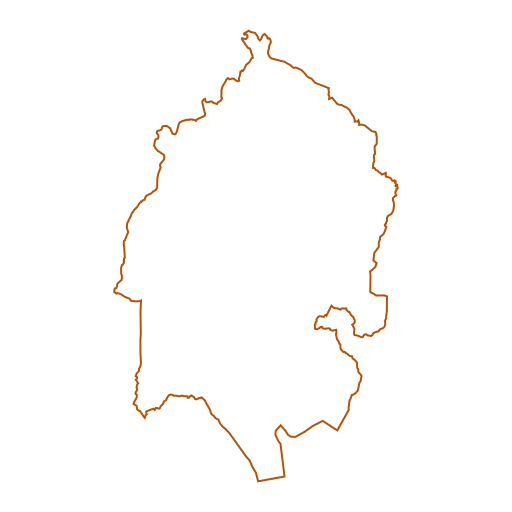 outline of Fianarantsoa I, Haute Matsiatra, Madagascar
{"feature_id": "10022922B21478747844721", "entity_name": "Fianarantsoa I", "entity_type": "district", "adm_level": 2, "iso_a3": "MDG", "parent_name": "Madagascar", "parent_adm1": "Haute Matsiatra", "projection": "equal_earth", "projection_center": [47.084, -21.453], "detail": "fine", "context": "isolated", "style": "outline", "palette": "amber", "viewbox_px": 512, "rotation_deg": 0, "n_neighbors": 0, "source": "geoboundaries", "source_scale": "gbopen_adm2", "svg_char_len": 6039}
<svg xmlns="http://www.w3.org/2000/svg" viewBox="0 0 512 512"><path d="M284.5,476.5L280.5,443.8L278.5,441.3L275.6,435.3L275.4,433.9L275.8,430.7L280.7,425.3L285.5,430.9L288.0,434.8L290.8,436.6L295.4,436.9L304.8,431.7L312.9,425.9L322.7,420.9L337.3,430.4L348.8,409.8L348.6,407.7L349.6,400.4L350.4,399.1L351.9,394.9L353.6,394.5L355.6,393.1L357.9,390.3L359.4,382.9L360.8,380.9L360.9,378.9L361.6,376.1L360.7,374.6L358.4,372.1L358.2,369.4L357.3,367.9L357.1,366.6L357.1,362.7L354.4,359.6L352.6,358.4L352.0,356.3L349.6,355.9L346.8,353.4L345.7,353.2L344.8,351.9L343.4,352.0L340.9,349.4L340.4,347.3L340.4,344.9L340.1,344.2L339.3,343.7L338.6,341.5L337.0,339.1L335.9,334.2L336.5,332.7L336.2,329.8L332.5,330.7L330.1,329.7L329.8,328.7L328.7,328.2L325.2,328.8L323.4,328.5L322.5,328.1L322.3,327.1L321.4,326.7L320.4,327.0L319.9,327.7L317.3,329.2L315.7,329.2L315.0,328.6L314.8,325.1L315.5,323.9L315.3,323.4L315.9,321.9L316.6,321.4L316.5,319.4L318.0,317.0L319.8,316.1L323.8,316.9L325.0,315.3L326.1,314.8L326.5,315.5L331.5,305.7L334.4,308.2L337.6,308.4L340.4,309.7L341.2,308.7L342.4,308.3L344.1,308.6L346.3,308.4L346.5,309.9L348.5,311.9L349.3,311.9L350.9,314.8L351.9,316.0L353.2,316.9L353.9,318.8L354.6,319.7L354.8,322.1L353.8,323.6L352.2,324.7L354.4,328.5L354.0,333.8L354.6,335.1L357.2,335.5L361.7,337.2L362.7,337.1L364.0,334.8L366.2,334.3L367.4,335.3L371.2,336.0L372.7,334.6L373.1,333.4L373.9,332.8L376.6,331.7L378.3,331.6L379.8,329.5L383.0,328.1L384.4,326.9L385.3,324.1L385.0,320.6L386.2,318.3L386.2,315.4L386.8,311.8L387.0,296.4L384.2,295.4L376.1,295.5L374.1,294.0L370.3,292.1L370.5,275.0L370.0,271.5L372.7,269.5L375.4,266.8L376.6,263.1L373.4,260.4L374.3,252.9L378.7,247.0L378.8,242.2L380.0,239.4L380.0,237.2L383.5,234.0L385.0,230.8L386.3,226.9L384.9,225.6L384.9,224.4L386.0,223.7L386.2,222.2L386.9,221.3L387.0,217.8L387.8,216.1L391.3,214.0L393.2,210.9L394.0,205.9L393.7,201.9L392.9,200.2L392.9,198.1L395.1,196.0L396.3,195.4L395.4,193.5L395.4,191.7L396.5,190.2L396.4,189.1L397.2,188.9L397.8,187.9L397.2,186.4L396.1,186.5L395.5,186.0L395.8,185.3L397.2,185.3L397.2,184.7L395.8,184.1L395.2,183.0L395.0,182.5L395.7,182.1L395.7,181.2L394.4,180.3L393.1,181.0L392.1,180.5L391.1,178.6L390.5,178.5L390.0,177.7L385.9,176.6L385.5,175.4L385.9,174.6L385.8,172.9L382.0,174.6L380.4,172.9L378.8,172.2L377.7,170.7L375.8,170.0L374.4,167.9L372.9,167.9L373.4,163.0L374.3,160.8L373.8,155.8L374.2,154.6L374.9,154.2L375.1,153.2L374.6,148.6L374.7,146.6L375.0,145.7L376.2,144.8L376.7,143.4L376.8,136.9L376.2,134.9L376.5,134.1L375.5,132.0L371.9,131.2L364.6,125.3L361.3,124.6L359.2,125.0L358.9,121.7L358.5,120.4L357.3,121.7L355.4,121.1L354.7,121.5L354.6,119.2L353.5,116.5L351.0,112.9L349.4,109.8L347.1,107.9L341.4,104.9L339.2,104.8L337.0,103.7L332.1,97.7L329.1,99.0L329.3,96.0L328.6,95.1L328.5,94.0L328.9,92.7L328.5,89.2L328.9,88.2L315.1,82.8L311.4,78.6L308.7,77.5L306.6,75.9L305.3,73.9L301.7,70.3L300.0,69.3L296.0,67.6L293.4,67.8L290.4,65.2L284.5,61.8L271.3,58.4L269.6,56.8L268.1,53.8L268.1,51.3L269.0,48.3L269.2,45.9L270.9,42.1L270.4,39.7L269.7,38.7L269.2,38.3L269.0,38.7L268.1,38.7L267.4,38.1L267.1,36.6L264.5,34.0L262.8,35.3L260.8,39.4L259.8,40.4L258.3,38.7L257.7,37.2L257.7,36.4L255.0,32.9L250.5,31.9L248.8,30.7L244.0,33.5L244.3,34.6L246.6,34.5L247.5,35.4L247.4,37.2L246.5,38.7L245.5,39.1L242.1,38.2L241.8,39.0L247.8,47.8L249.7,48.4L251.1,51.1L251.0,52.2L252.5,55.7L252.7,57.9L251.8,58.0L249.3,62.2L246.0,65.0L244.6,68.3L243.1,70.7L242.7,71.0L241.9,70.6L241.3,71.5L240.5,71.5L239.8,75.8L238.9,78.3L239.2,80.8L238.0,81.3L236.8,80.9L234.4,79.4L234.2,78.8L232.3,78.6L229.5,79.3L227.9,78.1L227.3,78.5L226.0,80.2L225.8,81.0L222.5,86.5L221.5,90.1L221.4,95.6L221.5,97.7L221.9,97.8L222.0,98.4L221.0,100.5L217.9,102.3L217.0,104.0L213.6,103.0L212.1,101.6L211.2,101.4L207.8,102.3L206.4,102.1L205.5,101.3L205.1,98.9L203.8,99.3L202.4,101.2L202.2,102.1L204.7,112.7L205.2,113.6L204.9,115.3L204.3,116.0L197.4,119.2L195.9,120.9L195.1,120.1L190.2,119.3L189.5,119.9L187.5,119.7L185.6,120.1L182.0,121.2L179.9,122.4L178.9,123.6L176.8,131.7L176.0,133.3L174.9,134.4L172.4,133.6L170.3,128.5L167.1,126.1L163.3,126.0L162.5,126.6L161.4,129.5L160.4,130.2L157.7,130.8L157.0,131.4L156.7,132.4L156.9,133.2L158.4,135.2L158.4,137.7L158.0,138.5L155.5,139.5L154.8,141.6L154.1,145.6L155.9,148.8L157.8,150.8L163.9,154.9L164.4,157.3L163.9,159.6L160.1,164.3L160.1,166.2L160.6,167.6L158.3,173.7L157.4,177.9L157.1,188.0L155.5,190.2L153.5,191.2L151.3,193.3L146.3,195.7L146.1,196.6L145.5,196.9L144.6,199.7L143.1,200.2L141.5,201.7L141.1,201.5L140.5,202.5L139.7,202.8L137.4,206.7L134.5,209.6L131.6,213.6L131.1,215.5L127.2,223.4L126.8,227.8L128.2,232.1L124.9,240.2L123.9,241.1L123.7,244.4L124.2,247.3L124.8,257.7L124.1,258.4L123.8,260.4L124.1,261.1L123.7,261.4L124.0,262.7L122.6,264.8L122.1,264.9L121.2,267.3L121.1,271.8L121.3,274.1L121.8,275.2L121.9,278.6L121.4,280.1L117.7,283.4L117.2,284.3L117.1,286.0L116.3,288.0L114.7,288.5L114.2,292.0L116.4,293.6L117.5,293.0L121.0,294.3L124.5,296.6L129.5,298.7L131.1,300.8L135.9,301.4L138.9,301.2L141.0,300.5L140.5,311.9L140.8,334.1L140.4,339.9L140.4,351.6L140.9,361.9L140.7,365.4L139.0,369.0L139.0,370.9L136.6,373.6L135.7,376.1L137.0,377.1L137.1,378.2L135.8,379.7L138.2,383.2L137.2,384.4L136.6,387.0L137.2,390.0L135.6,392.4L135.6,393.9L136.9,394.9L136.7,397.2L136.0,399.1L135.1,400.1L133.5,403.9L136.6,405.8L137.1,409.2L138.2,410.4L140.1,411.1L144.2,417.3L144.8,417.9L145.8,414.8L146.7,414.3L146.2,411.8L146.7,411.2L153.4,408.7L154.7,409.9L155.6,408.1L156.2,407.8L159.1,408.7L159.8,408.2L160.6,406.3L163.0,403.9L164.0,401.4L165.9,400.3L167.6,397.0L169.0,395.2L170.4,394.6L172.6,394.8L173.6,395.8L175.9,395.6L178.9,396.3L182.1,395.6L184.0,396.2L187.3,396.3L187.9,397.9L188.7,397.8L190.8,395.5L191.6,395.5L191.8,395.9L194.0,397.0L194.9,398.8L195.6,399.3L197.3,399.0L199.1,398.0L200.9,397.9L201.2,397.4L201.8,397.6L205.1,400.6L205.5,402.0L209.8,409.4L211.0,413.3L212.0,414.6L214.2,416.3L215.5,418.2L218.4,419.7L220.0,423.4L223.1,427.2L225.0,428.5L229.4,433.1L246.1,456.5L249.7,460.6L252.0,466.1L256.0,472.9L258.1,481.3L284.5,476.5Z" fill="none" stroke="#b45309" stroke-width="2"/></svg>